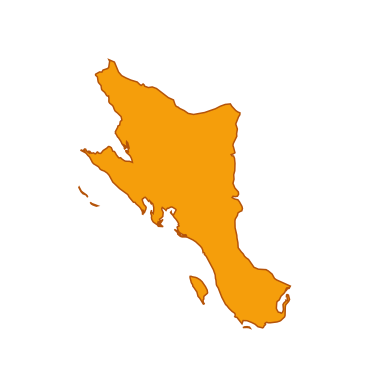 the State of Quintana Roo, rotated 118°
{"feature_id": "MEX-2736", "entity_name": "Quintana Roo", "entity_type": "State", "adm_level": 1, "iso_a3": "MEX", "parent_name": "Mexico", "parent_adm1": "", "projection": "albers", "projection_center": [-87.753, 19.756], "detail": "fine", "context": "isolated", "style": "filled", "palette": "amber", "viewbox_px": 384, "rotation_deg": 118, "n_neighbors": 0, "source": "natural_earth", "source_scale": "10m", "svg_char_len": 6085}
<svg xmlns="http://www.w3.org/2000/svg" viewBox="0 0 384 384"><g transform="rotate(118 192 192)"><path d="M168.5,288.4L166.9,287.3L163.5,288.4L161.4,287.7L158.7,290.0L157.2,294.9L156.7,297.7L155.8,299.1L153.6,301.6L152.9,302.8L152.2,306.4L151.5,307.6L150.6,308.2L148.5,309.2L146.5,310.7L146.8,310.9L147.0,312.0L146.8,312.8L145.0,315.8L144.3,319.1L143.6,320.2L140.7,322.3L139.3,325.9L138.6,326.7L135.0,329.4L134.6,330.0L134.3,331.6L133.9,332.2L133.2,332.4L129.4,330.0L128.5,327.9L126.1,327.8L122.7,324.6L121.2,324.0L115.2,326.1L114.2,327.5L113.7,321.5L120.6,313.1L122.3,308.7L122.3,304.0L121.9,298.7L120.6,292.0L121.6,288.7L121.8,286.9L119.6,285.9L119.9,284.6L120.8,283.5L120.3,279.6L117.9,276.4L117.3,271.9L119.8,257.2L119.4,251.6L122.7,248.1L123.8,246.2L123.6,243.6L124.0,242.5L123.8,237.0L124.4,232.3L122.8,227.0L115.9,218.2L107.5,210.4L103.0,207.3L99.1,203.8L96.2,199.5L97.7,196.9L99.5,191.7L99.8,189.3L99.6,186.8L101.4,186.0L103.8,186.2L111.4,185.3L115.1,181.5L119.6,180.0L121.8,178.6L129.7,178.3L130.9,178.0L132.1,177.4L132.7,176.6L137.2,172.5L139.0,173.5L140.6,175.0L141.3,173.7L140.7,172.2L142.3,170.3L146.5,167.5L153.2,164.2L157.2,163.3L161.0,160.9L165.1,159.9L168.3,156.1L170.2,151.1L172.1,149.8L174.4,149.9L175.8,151.7L176.5,153.8L178.1,154.0L178.2,151.1L177.3,147.9L178.4,145.5L181.2,141.2L182.9,139.7L185.2,139.2L187.1,140.7L189.1,141.6L191.3,140.9L195.6,141.1L197.4,140.5L203.3,137.2L209.1,132.2L211.5,130.7L215.2,127.7L219.5,125.1L221.7,120.5L222.6,117.8L224.1,115.4L224.7,113.1L225.0,110.5L229.4,101.9L229.0,97.2L225.8,90.2L225.9,87.4L226.9,82.7L229.6,78.6L229.9,76.1L228.9,61.0L231.5,61.0L232.6,62.3L233.5,62.4L232.6,62.9L232.2,62.9L232.0,62.4L231.5,62.4L232.2,63.3L233.5,63.4L236.6,63.0L238.1,63.2L242.1,64.5L246.4,64.3L248.7,65.4L250.0,65.2L255.1,62.9L255.8,62.2L257.6,59.4L257.0,57.5L257.2,56.5L257.0,56.1L256.0,55.7L254.4,55.7L252.7,56.2L248.7,58.8L247.0,58.8L244.0,57.8L243.5,58.3L243.1,56.8L241.9,57.4L240.1,58.9L238.7,59.4L238.9,59.8L239.2,59.9L238.5,60.2L238.0,60.0L237.7,59.3L237.8,58.4L241.1,55.4L243.3,55.3L247.6,56.3L249.6,55.7L257.3,51.9L258.8,51.6L263.6,53.2L264.8,53.9L266.8,55.9L270.6,61.3L271.7,63.3L272.0,64.9L272.4,65.3L273.8,65.9L274.1,65.0L274.7,64.9L276.2,65.4L278.0,65.4L278.8,65.8L280.0,70.5L279.1,74.4L279.2,78.1L279.8,83.0L281.5,86.5L284.9,86.0L281.6,93.5L282.1,95.1L282.0,95.7L281.5,95.6L279.7,96.5L279.0,97.4L278.6,100.6L277.4,104.6L275.7,108.5L275.7,109.3L270.9,116.3L264.4,123.8L263.0,126.3L262.2,127.1L258.4,129.6L257.3,130.7L254.3,132.6L250.5,136.7L242.1,149.2L241.3,151.7L240.4,151.9L240.0,152.4L240.0,153.1L240.4,153.7L238.2,155.3L236.7,157.2L235.8,159.4L234.2,165.4L233.9,168.6L234.1,174.9L234.7,176.6L236.3,179.7L236.6,181.3L236.5,182.1L235.9,184.8L234.6,185.7L233.3,190.0L233.2,186.1L233.4,185.7L234.2,185.7L234.7,185.1L235.2,184.9L235.6,184.2L235.8,180.3L234.6,179.2L233.9,176.6L233.4,176.4L232.9,176.6L232.7,177.2L232.8,177.8L233.7,179.0L233.9,181.4L233.7,183.2L235.1,182.1L232.1,186.6L230.1,188.6L229.5,188.6L228.4,187.5L227.8,187.7L227.3,188.8L226.2,188.9L224.8,191.0L223.5,193.6L222.8,195.7L221.5,198.1L220.7,200.5L220.0,201.4L219.1,201.2L219.9,200.7L220.6,199.7L221.0,198.6L220.5,197.6L215.3,197.6L214.8,198.5L214.6,201.6L214.7,202.8L215.5,203.9L217.5,205.2L217.7,205.9L218.2,206.2L220.5,206.3L220.1,207.5L219.6,211.0L221.0,210.9L221.9,210.1L223.5,207.9L227.3,206.3L229.3,206.9L231.2,207.9L231.7,207.7L232.2,206.3L232.8,206.3L233.7,206.9L234.2,206.3L235.1,206.9L234.2,207.4L234.2,207.9L236.1,207.4L237.1,205.9L237.2,204.5L236.1,204.3L236.5,205.1L236.6,205.6L235.9,205.9L233.7,205.9L231.7,205.6L229.8,204.8L231.3,204.8L235.6,205.3L235.5,204.4L236.0,202.5L236.1,201.2L238.1,205.6L237.3,207.1L236.7,212.0L235.9,213.5L234.9,214.8L233.7,215.8L232.0,216.4L230.1,218.5L229.4,218.8L226.9,219.2L228.2,218.8L228.7,218.1L229.3,216.1L226.8,216.9L223.6,218.5L220.9,221.0L220.1,223.9L220.6,223.9L221.1,222.4L221.5,222.4L220.9,223.5L219.9,224.7L219.4,225.6L220.6,226.0L219.1,229.1L218.6,230.8L219.4,231.6L220.7,231.9L221.3,232.5L222.1,232.4L223.5,231.1L225.4,228.9L226.1,227.5L226.4,226.2L227.2,225.2L228.9,224.7L232.2,224.4L230.8,227.5L233.3,225.0L234.7,224.9L234.7,225.4L233.3,226.1L232.1,227.3L230.3,230.1L229.6,231.9L228.7,235.9L227.9,237.3L228.5,239.0L226.0,245.1L224.4,247.5L223.0,257.4L220.4,266.6L216.1,273.1L215.1,275.8L214.7,279.1L215.1,282.4L214.9,284.0L214.0,285.5L213.6,286.7L213.3,292.0L212.7,293.7L209.2,298.8L208.6,301.1L207.6,303.4L207.4,304.6L207.4,309.5L206.9,309.5L206.4,305.9L205.2,307.3L204.4,307.0L204.1,306.0L205.3,304.5L205.7,302.6L205.9,299.7L205.3,301.2L204.5,302.3L204.1,301.4L204.7,299.9L204.9,298.7L203.7,297.4L203.8,295.6L203.5,295.0L201.5,294.6L201.0,294.2L201.1,293.6L201.6,293.0L201.0,291.0L200.3,290.5L197.0,289.9L193.2,287.8L191.5,287.3L190.8,286.8L190.6,285.6L190.8,284.0L193.2,281.1L192.7,279.5L193.5,277.9L194.6,276.4L196.0,273.3L196.2,272.4L195.2,271.1L195.7,269.8L196.1,266.7L196.0,265.1L194.2,261.5L193.8,258.5L192.2,259.8L190.4,261.7L189.0,263.9L187.9,268.3L187.3,269.3L186.7,269.8L186.2,269.2L186.8,266.4L185.7,267.8L184.5,268.2L182.8,268.2L182.2,268.6L178.7,271.9L178.2,273.4L179.6,272.8L181.0,271.6L182.2,270.2L183.0,268.7L183.5,270.0L182.6,271.9L182.5,273.4L183.5,272.1L184.2,271.5L184.9,271.3L185.6,271.7L185.2,272.3L184.0,272.9L182.3,276.5L180.6,278.7L178.6,282.4L178.3,283.6L176.7,285.9L176.1,287.3L175.0,287.6L174.7,288.0L169.8,288.0L168.5,288.4ZM284.2,130.1L284.8,128.8L285.1,128.8L285.5,129.0L285.6,129.5L282.2,135.2L281.3,137.7L278.0,140.7L275.5,145.4L274.8,147.0L273.5,148.0L272.9,149.2L272.3,150.1L268.6,153.5L267.4,154.1L266.9,153.4L266.7,151.9L265.7,148.7L265.5,147.0L265.7,143.8L266.5,140.9L269.3,135.6L271.5,132.5L273.7,130.9L274.3,130.9L278.5,132.5L279.4,132.2L281.0,131.3L281.9,131.5L283.1,131.0L284.2,130.1ZM244.1,284.2L244.5,282.9L245.6,281.6L244.3,284.2L244.7,287.5L243.8,290.1L241.1,294.0L240.6,294.0L243.2,290.2L243.6,288.3L244.1,284.2ZM248.4,268.7L249.4,269.8L249.9,273.4L249.8,275.3L248.9,277.0L249.2,274.8L248.4,268.7ZM287.8,83.4L286.4,82.3L285.0,80.1L284.3,77.8L284.9,76.7L285.1,78.3L285.9,80.1L287.8,83.4Z" fill="#f59e0b" stroke="#b45309" stroke-width="1.5"/></g></svg>